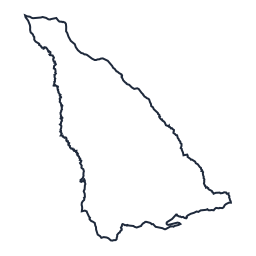 the district of Brezoi, Vâlcea, Romania
{"feature_id": "2599482B31107068375666", "entity_name": "Brezoi", "entity_type": "district", "adm_level": 2, "iso_a3": "ROU", "parent_name": "Romania", "parent_adm1": "Vâlcea", "projection": "mercator", "projection_center": [24.205, 45.404], "detail": "fine", "context": "isolated", "style": "outline", "palette": "slate", "viewbox_px": 256, "rotation_deg": 0, "n_neighbors": 0, "source": "geoboundaries", "source_scale": "gbopen_adm2", "svg_char_len": 5692}
<svg xmlns="http://www.w3.org/2000/svg" viewBox="0 0 256 256"><path d="M213.7,210.3L214.8,208.9L216.1,207.9L218.9,208.3L219.6,207.9L222.4,208.1L223.6,207.3L224.7,205.2L226.0,204.1L228.8,202.7L230.9,202.7L230.7,201.3L229.9,199.9L229.8,199.0L229.1,197.3L229.4,196.2L228.4,194.6L228.5,193.4L226.7,193.7L226.1,192.5L224.1,192.3L222.7,193.0L220.5,193.3L219.7,192.6L215.8,192.8L213.6,193.7L213.2,192.6L212.4,192.3L211.9,191.0L208.8,189.4L208.2,188.7L208.2,188.1L207.5,187.9L207.2,187.3L206.0,187.6L206.0,187.0L205.2,186.3L205.3,185.7L204.6,185.0L203.9,183.3L204.3,181.9L204.1,180.7L204.4,179.8L204.2,178.9L203.6,178.2L203.7,176.6L203.2,175.6L203.0,174.5L202.8,173.2L203.1,172.2L202.4,171.3L201.7,171.1L202.1,170.6L201.7,170.2L201.8,169.8L201.2,169.4L200.9,167.8L199.9,167.2L197.8,164.3L195.8,163.2L195.1,161.6L192.1,159.7L190.9,159.7L190.7,159.1L187.6,156.9L187.7,155.6L187.2,154.6L183.5,155.3L183.0,152.6L181.8,149.9L181.8,149.0L180.7,148.1L181.5,146.1L181.5,143.9L180.4,143.0L180.3,141.6L178.9,140.0L178.6,138.9L177.8,138.1L177.1,135.3L175.9,135.1L175.3,134.3L173.4,132.9L173.5,131.9L173.9,131.2L173.9,129.9L172.4,128.9L171.8,128.1L170.9,128.4L169.9,127.0L169.0,126.8L168.9,125.7L168.4,126.2L165.9,125.2L164.8,122.5L163.6,121.2L162.6,120.8L162.1,119.5L161.5,119.7L160.2,118.4L159.3,117.1L159.2,116.6L159.8,116.3L159.4,115.8L159.3,114.8L158.0,113.9L157.9,113.0L153.8,109.2L152.9,107.2L151.3,106.2L150.8,103.5L150.2,102.7L149.2,99.7L148.6,98.9L146.7,98.1L145.6,97.1L144.4,96.5L143.6,95.1L143.1,94.8L142.9,94.1L141.6,92.9L138.7,89.0L137.2,88.3L134.2,88.9L131.8,87.4L129.2,84.8L127.2,84.2L126.5,83.7L126.3,83.1L125.3,82.5L123.2,80.3L122.4,78.3L121.6,77.3L121.6,76.1L122.0,76.2L122.1,75.5L121.5,74.4L119.1,73.1L117.4,71.6L116.5,71.4L114.7,68.9L113.1,67.8L112.2,66.0L107.8,60.8L102.8,58.4L100.8,58.6L99.3,59.3L97.6,59.4L96.1,60.0L94.7,60.0L92.1,58.7L87.0,54.9L85.6,54.4L84.4,54.4L83.0,53.4L81.2,53.0L77.9,50.2L75.8,47.2L74.8,44.2L70.8,40.9L68.5,36.7L67.2,32.9L66.1,31.3L66.2,26.9L65.9,23.9L65.0,22.6L63.0,21.8L62.3,22.1L61.6,21.7L59.4,21.6L58.2,20.5L56.3,18.0L50.9,19.1L50.1,19.5L48.4,19.3L46.1,17.9L42.6,17.0L40.9,17.5L33.0,18.2L31.8,17.9L29.8,16.7L27.0,16.3L25.1,15.4L25.6,17.3L28.1,20.6L29.9,25.1L30.2,27.1L30.1,29.9L30.6,32.2L31.6,33.4L32.1,33.5L32.9,34.5L33.7,36.6L34.2,36.9L34.3,38.0L34.2,39.4L34.5,40.1L35.6,41.6L39.1,43.7L39.3,44.0L39.1,44.9L40.5,45.6L41.9,47.7L43.2,47.6L43.5,48.7L44.0,48.5L44.2,47.8L44.8,47.2L46.3,47.7L46.4,48.3L47.2,48.9L47.7,50.0L48.5,50.7L48.2,51.4L48.4,51.7L48.7,51.9L49.3,51.4L50.4,52.1L50.4,53.6L50.2,54.2L49.5,54.5L49.9,55.1L52.7,55.5L53.4,57.0L53.9,57.4L53.7,58.3L53.1,59.1L53.4,60.2L53.4,60.8L54.1,61.5L54.8,61.6L54.4,62.7L55.2,62.9L55.6,63.4L55.4,64.2L55.7,64.5L54.1,66.0L53.8,68.5L55.2,69.1L55.6,71.3L55.2,72.6L55.9,73.4L55.0,74.7L54.4,75.0L54.7,75.7L54.5,76.8L54.9,78.1L55.3,78.7L54.8,79.6L55.0,81.1L54.8,81.7L54.3,81.9L54.5,82.7L54.2,83.2L54.3,84.7L53.6,85.3L53.6,85.6L54.3,85.7L55.5,85.2L56.8,86.5L57.6,86.3L57.9,86.6L58.0,86.9L57.6,87.4L57.5,88.9L57.7,89.4L58.1,89.6L57.9,90.6L58.5,91.4L58.4,92.5L59.6,93.9L59.6,94.8L60.4,95.0L59.9,95.9L61.1,97.1L61.1,97.5L60.1,97.9L59.7,98.5L59.8,99.4L60.1,99.7L59.7,101.8L60.6,102.8L61.1,104.1L61.1,105.0L62.1,105.2L62.4,105.8L61.5,106.7L61.9,107.5L61.7,108.2L62.0,109.5L61.2,110.4L61.2,111.6L60.5,112.7L60.6,114.2L61.1,115.8L60.8,117.0L61.3,117.4L62.2,117.4L62.4,117.8L60.9,118.7L61.8,119.3L61.7,120.3L62.0,120.8L61.1,122.1L60.9,123.9L60.0,124.4L61.4,126.0L61.1,128.3L60.5,129.6L60.5,130.1L61.0,130.5L61.0,130.9L60.3,131.7L61.2,132.3L61.2,132.9L61.7,133.5L61.3,134.1L61.3,134.7L60.8,135.5L62.7,135.6L62.8,136.7L63.8,137.0L64.4,137.8L65.7,137.4L66.2,137.8L66.5,138.6L66.3,139.2L66.6,139.7L66.3,140.2L66.3,140.6L66.8,141.3L67.9,141.2L68.2,142.7L69.2,143.1L69.1,143.6L68.4,144.1L68.3,144.8L69.8,145.8L69.6,146.2L70.0,146.8L70.0,147.5L70.6,147.8L71.2,148.7L72.7,148.6L73.0,149.6L73.5,150.0L74.1,149.7L74.3,150.2L74.0,150.8L74.2,151.0L76.4,150.8L76.1,152.3L77.2,152.7L77.4,153.1L77.1,153.9L77.9,154.1L77.5,155.4L79.0,156.5L79.3,158.0L80.2,158.5L80.3,158.9L79.8,160.0L81.3,160.7L81.1,161.8L80.0,163.0L81.7,165.6L81.4,167.6L81.6,168.0L83.3,169.2L83.9,171.3L83.5,172.7L83.4,174.9L83.6,175.6L82.8,178.1L80.5,180.1L80.8,180.9L80.5,181.5L81.3,181.9L82.6,181.2L84.3,179.5L84.9,181.0L84.4,181.8L84.8,182.1L85.4,184.0L84.9,185.2L84.6,189.6L84.1,190.1L83.7,191.3L84.7,193.7L84.9,197.0L84.0,197.8L84.4,198.6L84.1,200.0L82.7,201.3L81.8,202.9L81.6,205.0L82.0,206.1L82.2,208.1L81.8,211.3L84.8,210.6L86.7,211.4L87.0,212.4L89.0,216.7L90.0,217.8L89.5,218.8L89.6,219.3L91.4,221.2L92.4,221.4L94.8,223.0L95.3,225.7L96.0,227.1L96.1,229.6L97.7,234.6L100.2,236.2L101.3,237.8L103.7,237.1L106.7,237.5L108.5,238.3L110.8,240.4L112.5,240.6L113.5,240.2L115.7,240.1L116.7,239.0L116.7,237.9L117.2,236.4L117.2,234.8L118.9,232.8L119.8,232.5L120.1,231.5L120.6,230.8L121.5,230.3L121.5,229.7L121.8,229.1L121.3,228.6L120.9,227.5L121.8,226.5L121.9,225.2L122.5,224.1L123.5,224.3L124.6,225.1L126.0,225.1L126.7,225.5L126.8,225.1L127.4,224.9L128.7,225.5L133.5,226.0L134.5,226.8L136.7,227.5L141.2,225.9L141.7,224.8L143.4,223.1L144.4,222.7L145.2,221.9L146.5,221.9L149.9,222.8L151.0,223.4L151.6,224.2L153.1,224.1L155.6,226.8L162.5,228.2L164.5,229.2L165.5,229.2L170.4,226.5L172.7,226.4L173.6,226.7L174.4,226.0L178.4,225.0L180.4,224.0L179.3,223.0L177.5,222.6L168.4,224.9L167.3,224.6L166.6,223.8L166.7,222.6L167.2,222.0L172.1,219.0L176.2,214.5L176.9,214.6L177.2,215.7L178.0,215.8L179.3,216.6L180.1,216.4L181.4,217.2L183.1,216.9L184.4,217.9L186.2,218.3L186.9,217.6L186.6,216.5L187.8,215.4L190.7,213.8L194.0,212.8L196.6,211.5L198.4,211.9L200.6,210.4L206.2,209.8L207.4,209.2L208.4,210.2L209.8,210.3L211.7,210.0L213.7,210.3Z" fill="none" stroke="#1e293b" stroke-width="2"/></svg>